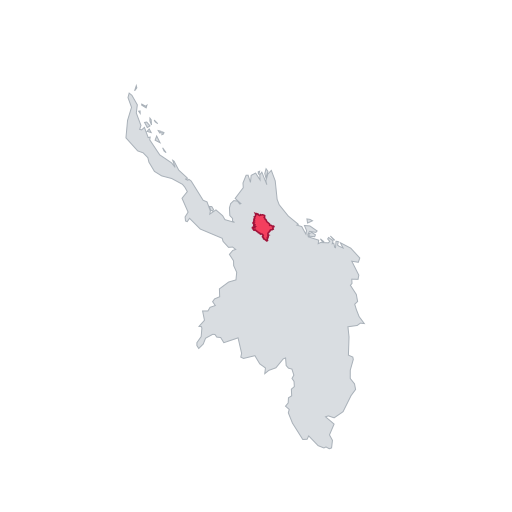 Thayarwady, Bago, Myanmar shown in context, rotated 154°
{"feature_id": "60261553B84336516867138", "entity_name": "Thayarwady", "entity_type": "district", "adm_level": 2, "iso_a3": "MMR", "parent_name": "Myanmar", "parent_adm1": "Bago", "projection": "orthographic", "projection_center": [95.818, 18.129], "detail": "fine", "context": "in_parent", "style": "filled", "palette": "rose", "viewbox_px": 512, "rotation_deg": 154, "n_neighbors": 0, "source": "geoboundaries", "source_scale": "gbopen_adm2", "svg_char_len": 7972}
<svg xmlns="http://www.w3.org/2000/svg" viewBox="0 0 512 512"><g transform="rotate(154 256 256)"><path d="M328.1,230.0L323.3,227.7L319.8,230.0L314.3,229.3L315.0,234.0L312.0,235.6L306.5,235.3L303.3,242.5L292.0,244.6L284.5,243.3L280.5,249.8L280.3,257.1L278.3,261.5L279.2,269.1L274.4,271.2L271.4,270.8L273.1,274.3L276.9,275.8L279.2,283.6L278.6,286.7L294.3,304.7L299.2,319.0L302.8,317.0L304.0,318.4L302.6,322.2L297.8,325.2L297.2,340.3L289.5,344.0L289.8,349.1L290.7,352.7L297.8,362.6L305.7,369.4L310.2,376.6L311.1,387.3L310.1,391.8L312.2,398.2L316.3,402.4L321.1,419.2L312.0,434.2L302.7,444.2L301.6,454.5L298.6,458.0L297.1,454.8L296.4,443.9L300.9,437.0L302.2,423.7L305.1,420.8L303.5,419.5L299.9,420.5L301.0,409.7L299.0,409.3L300.6,407.0L298.2,389.1L291.0,376.6L289.9,371.1L288.9,378.5L288.1,377.1L287.8,367.1L283.6,356.3L284.0,355.4L285.9,356.3L284.1,353.9L282.7,354.4L281.4,351.8L279.1,329.3L276.3,326.1L277.3,316.4L279.2,313.9L271.8,315.0L268.3,306.8L268.0,302.3L260.6,295.6L261.8,297.7L260.6,300.0L261.8,303.8L258.8,310.9L255.8,314.2L251.7,315.5L248.6,313.5L247.8,309.8L246.6,309.7L249.5,316.9L237.5,323.0L235.7,327.3L229.5,332.9L227.7,332.1L228.7,324.6L225.0,330.6L220.0,330.7L219.0,322.6L217.0,327.3L214.0,328.8L215.0,315.3L214.2,319.2L209.4,324.5L204.7,326.2L205.8,315.1L212.2,297.6L212.7,291.9L209.5,277.8L204.1,266.0L205.7,265.8L202.0,262.4L201.6,253.7L199.4,256.8L199.1,262.2L194.4,259.4L190.1,251.7L191.9,251.0L197.0,254.7L199.9,252.7L200.6,250.3L192.7,242.7L194.7,239.8L192.1,239.8L185.2,236.1L183.3,236.8L184.1,239.9L182.6,240.8L180.1,235.9L182.1,233.6L180.4,233.5L181.5,229.3L180.9,228.6L177.6,234.2L175.7,232.9L177.9,230.0L177.1,228.4L174.2,225.0L174.4,231.0L167.4,221.5L163.6,208.7L166.8,205.5L172.2,209.3L172.0,193.7L174.5,190.3L180.1,193.2L181.7,189.3L184.0,188.3L182.7,177.5L184.6,170.6L188.4,169.4L189.3,163.8L189.9,156.3L188.3,147.8L191.6,149.9L195.5,149.2L204.4,152.1L207.9,142.4L216.4,126.4L213.3,122.7L213.9,120.4L221.3,112.1L225.0,104.6L223.5,97.9L225.0,92.4L231.7,88.9L246.0,77.9L256.7,76.3L261.1,80.6L264.0,81.0L259.5,70.7L268.4,63.0L268.1,56.8L272.2,50.4L274.6,50.6L276.8,53.7L279.1,53.7L283.3,58.3L287.5,71.2L290.4,68.9L294.4,70.6L296.5,89.8L295.7,100.9L293.4,103.5L295.3,108.1L291.5,109.8L289.0,114.3L285.2,114.7L282.6,120.8L278.8,121.8L276.8,126.6L277.3,130.2L274.2,132.3L273.3,138.6L276.0,141.0L276.9,144.3L274.1,151.4L276.6,151.6L287.1,146.8L294.7,147.6L299.7,146.4L296.6,151.2L299.9,157.4L300.7,166.9L312.1,169.4L314.0,171.8L311.6,174.8L308.0,190.3L322.9,192.2L323.5,198.2L326.8,200.3L327.3,203.5L329.3,204.6L337.4,204.2L342.0,200.0L348.0,198.0L348.4,201.4L347.1,204.0L340.6,207.6L336.3,214.8L336.0,216.4L338.1,217.7L330.5,220.8L328.1,230.0ZM194.8,247.6L199.5,250.5L198.6,252.7L195.6,252.8L193.3,249.0L194.8,247.6ZM292.6,399.9L295.9,404.3L292.7,407.4L292.6,399.9ZM194.0,267.0L191.5,265.3L189.8,262.9L195.2,263.0L194.0,267.0ZM297.4,419.1L297.6,424.9L295.5,424.3L294.2,419.4L297.4,419.1ZM212.0,326.2L208.7,330.0L208.2,326.8L212.8,322.1L212.0,326.2ZM276.1,321.0L274.1,319.8L273.8,316.4L275.3,315.4L276.6,317.0L276.1,321.0ZM290.9,426.4L290.5,424.4L292.5,419.6L292.2,423.8L290.9,426.4ZM289.8,437.3L292.6,441.7L292.1,442.6L289.6,439.1L287.9,439.4L289.8,437.3ZM299.2,415.7L296.3,417.0L296.1,412.9L299.2,415.7ZM292.7,457.7L288.9,461.6L289.4,459.4L292.7,457.7ZM179.2,236.6L180.4,241.4L178.3,235.7L179.2,236.6ZM292.6,390.6L292.5,394.2L291.5,388.3L292.6,390.6ZM190.2,240.1L190.6,243.2L188.6,238.8L190.2,240.1ZM288.9,411.6L286.8,409.8L287.5,408.5L288.6,408.7L288.9,411.6ZM287.4,406.3L286.0,408.8L284.6,407.3L285.7,406.2L287.4,406.3ZM287.8,420.8L287.9,422.9L286.3,418.0L287.8,420.8ZM217.1,330.7L215.6,330.6L217.6,328.2L217.8,329.1L217.1,330.7ZM298.0,437.6L296.6,437.2L297.6,434.9L298.0,437.6Z" fill="#d9dde1" stroke="#a8b0b8" stroke-width="1"/><path d="M237.0,294.0L237.4,294.2L237.6,294.3L237.7,294.2L237.8,294.0L238.0,294.3L238.0,294.1L238.0,293.7L237.9,293.4L238.0,293.4L238.2,293.2L238.3,293.2L238.4,292.9L238.6,292.8L238.6,292.5L238.8,292.4L239.0,292.1L239.3,291.9L239.5,291.9L239.8,291.8L240.0,291.8L240.3,291.9L240.3,291.5L240.4,291.4L240.3,291.1L240.6,290.5L240.9,290.6L241.3,290.4L241.3,290.1L241.4,289.8L241.7,289.8L241.7,289.6L241.8,289.6L242.0,289.4L242.1,289.2L242.0,288.7L242.2,288.8L242.3,288.9L242.4,288.7L242.5,288.6L242.7,288.4L242.8,288.3L242.7,288.2L242.9,287.9L242.9,287.7L243.2,287.4L243.3,287.3L243.2,287.2L243.3,287.2L243.6,287.1L243.6,286.9L243.8,287.1L244.1,287.2L244.3,287.0L244.2,286.3L244.1,286.2L244.1,285.7L243.8,285.4L243.7,285.2L243.4,284.8L243.3,284.7L243.5,284.5L243.4,284.3L243.6,284.2L243.9,284.3L244.1,284.7L244.2,284.8L244.3,284.8L244.4,284.7L244.5,284.6L244.7,284.4L244.7,284.2L244.4,283.9L244.1,283.8L244.1,283.6L244.1,283.4L244.1,283.2L244.1,282.9L243.9,282.7L244.0,282.7L244.4,282.7L244.5,282.5L244.7,282.4L244.7,282.2L244.9,282.3L245.0,282.3L245.0,282.5L245.0,282.4L245.1,282.5L245.1,282.9L245.1,283.1L245.3,283.2L245.6,283.0L245.8,283.1L246.0,283.1L246.3,283.2L246.5,283.2L246.6,283.3L246.7,283.2L246.8,283.1L246.6,283.0L246.7,282.9L246.8,282.7L246.7,282.6L246.6,282.1L246.7,281.7L246.5,281.3L246.6,281.2L246.4,281.1L246.5,280.8L246.6,280.7L246.7,280.4L246.3,280.3L246.2,280.2L246.1,279.9L245.9,279.7L245.8,279.8L245.7,279.8L245.3,279.9L245.2,279.7L245.3,279.7L245.0,279.4L245.0,279.2L244.9,279.1L244.9,278.9L244.8,278.7L244.7,278.6L244.7,278.4L244.6,278.1L244.3,277.8L244.2,277.7L244.3,277.5L244.2,277.4L244.1,277.2L243.9,277.0L243.9,276.8L243.8,276.6L243.7,276.4L243.5,276.2L243.4,276.0L243.5,275.8L243.0,275.6L242.9,275.3L243.0,275.2L242.9,275.1L242.7,274.9L242.6,274.7L242.4,274.6L242.4,274.4L242.6,274.0L242.5,273.9L242.4,273.7L242.4,273.8L242.2,273.8L242.2,273.7L241.9,273.8L241.6,273.4L241.1,273.2L240.8,272.9L240.8,272.5L240.7,272.4L240.6,272.1L240.6,271.9L240.4,271.5L240.6,271.4L240.6,271.2L240.9,270.9L241.1,270.8L241.3,270.9L241.5,270.9L241.7,270.7L241.8,270.5L241.8,270.4L241.8,270.2L241.7,270.1L241.6,269.9L241.5,269.7L241.4,269.5L241.2,269.3L241.3,269.1L241.4,268.9L241.5,268.9L241.5,268.7L241.7,268.3L241.6,268.1L241.6,267.9L241.4,267.8L241.1,267.7L241.0,267.4L240.9,267.3L240.8,267.0L240.8,266.9L240.5,266.5L240.5,266.4L240.4,266.2L240.0,265.3L240.0,265.2L239.8,264.9L239.7,265.0L239.6,264.8L239.4,264.8L239.1,264.9L238.9,265.1L238.7,265.1L238.7,265.4L238.9,265.6L238.9,265.8L238.8,266.0L238.6,266.2L238.5,266.4L238.1,266.5L237.9,266.8L237.7,266.9L237.7,267.0L237.6,266.9L237.5,267.0L237.4,267.2L237.2,267.3L237.1,267.5L236.9,267.7L236.6,267.8L236.6,268.2L236.6,268.3L236.4,268.4L236.4,268.5L236.6,268.9L236.4,269.1L236.1,269.2L236.0,269.3L235.8,269.2L235.6,269.2L235.7,269.3L235.6,269.6L235.8,269.9L235.8,270.1L235.8,270.5L235.7,270.7L235.6,270.8L235.4,271.1L235.1,271.3L234.8,271.3L234.7,271.5L234.4,271.5L234.2,271.7L233.8,271.8L233.7,271.8L233.5,272.0L233.3,272.0L233.1,272.3L232.9,272.3L232.7,272.5L232.5,272.4L232.4,272.4L232.4,272.5L232.2,272.7L232.0,272.8L231.9,273.0L231.6,273.0L231.3,273.1L231.0,272.9L230.5,272.8L230.3,272.6L230.2,272.6L229.7,272.5L229.0,272.9L228.8,272.9L228.7,272.8L228.6,273.2L228.7,273.5L228.6,273.9L228.7,274.1L228.6,274.5L228.6,274.4L228.2,274.3L227.3,274.4L227.1,274.4L226.9,274.6L226.9,274.8L227.2,275.3L227.6,275.4L228.3,275.8L228.5,276.0L228.6,276.4L228.7,276.5L228.8,276.7L229.0,277.0L229.5,277.3L230.1,277.4L230.3,277.5L230.2,277.9L229.9,278.5L229.8,278.8L230.2,279.8L230.6,280.8L230.8,281.1L231.0,281.7L231.2,281.9L231.3,282.3L231.3,282.6L231.1,283.2L231.2,283.9L231.1,284.4L231.2,284.5L231.6,284.8L231.7,285.0L231.6,285.6L231.5,285.9L231.5,286.1L231.4,286.2L231.5,286.4L231.8,286.9L231.8,287.1L231.7,287.2L231.1,287.6L230.5,288.2L230.5,288.3L230.5,288.6L230.9,289.1L232.0,290.2L232.4,290.3L232.8,290.3L233.0,290.4L233.4,290.7L233.7,291.1L233.9,290.9L234.2,290.8L234.3,290.8L234.3,290.7L234.9,290.8L234.8,291.1L235.0,291.2L235.3,291.1L235.5,291.3L235.7,291.6L235.7,291.8L235.7,292.1L235.7,292.4L235.9,292.4L235.9,292.6L236.1,292.6L236.2,293.0L236.4,292.9L236.6,293.0L236.6,293.4L237.0,294.0Z" fill="#f43f5e" stroke="#9f1239" stroke-width="1.5"/></g></svg>